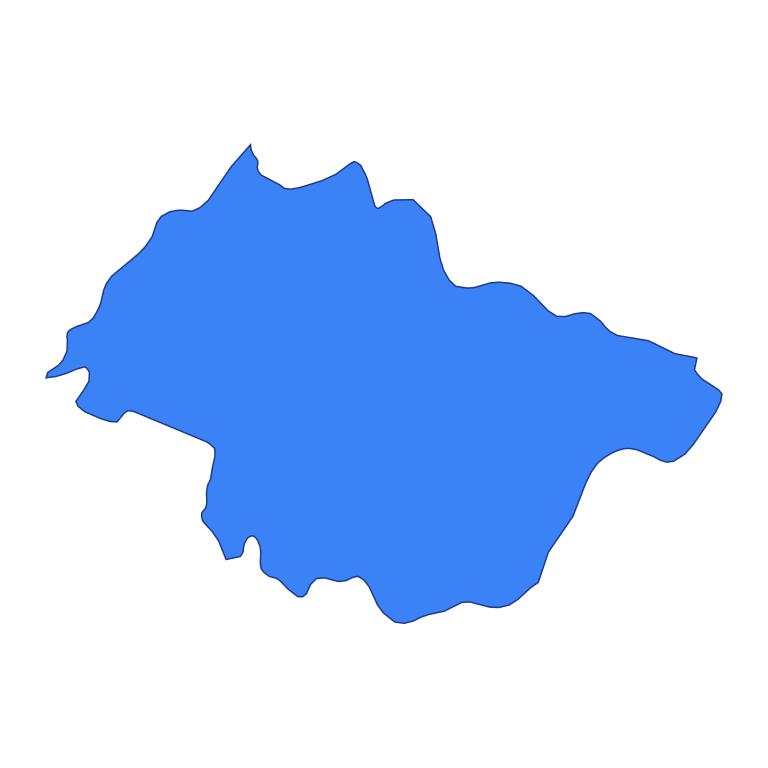 outline of Mascara
{"feature_id": "DZA-2201", "entity_name": "Mascara", "entity_type": "Province", "adm_level": 1, "iso_a3": "DZA", "parent_name": "Algeria", "parent_adm1": "", "projection": "equal_earth", "projection_center": [0.055, 35.403], "detail": "fine", "context": "isolated", "style": "filled", "palette": "blue", "viewbox_px": 768, "rotation_deg": 0, "n_neighbors": 0, "source": "natural_earth", "source_scale": "10m", "svg_char_len": 2530}
<svg xmlns="http://www.w3.org/2000/svg" viewBox="0 0 768 768"><path d="M413.1,199.7L430.7,216.7L435.8,234.0L439.8,257.7L443.4,269.8L449.0,279.9L455.7,286.3L467.3,288.1L474.1,287.6L490.9,282.8L499.2,282.2L510.2,283.2L520.9,286.1L533.4,295.5L548.2,310.9L556.7,316.3L565.2,316.6L574.9,313.7L583.5,312.6L590.7,313.6L600.8,321.4L604.9,326.6L610.0,331.5L617.4,335.5L648.6,340.8L674.8,353.6L696.9,358.0L694.5,369.7L697.1,373.8L702.1,379.1L718.5,389.8L721.9,393.9L720.8,401.2L715.9,411.7L693.4,444.3L684.9,454.1L673.8,461.1L667.0,462.2L660.5,460.3L653.7,456.6L636.6,449.6L629.1,448.4L624.4,448.6L617.8,450.4L610.9,453.5L604.1,457.7L597.5,463.2L591.1,472.2L585.6,483.5L572.9,516.4L548.4,552.1L538.2,582.5L531.1,587.3L517.6,599.6L509.4,604.9L498.9,607.5L489.5,607.1L469.8,601.9L461.8,602.4L444.2,611.2L429.1,614.4L421.5,616.9L413.5,620.9L404.2,623.3L394.7,622.0L383.3,612.8L377.5,604.9L369.5,587.3L363.8,579.8L357.8,576.3L352.4,577.5L346.2,580.6L338.2,581.5L324.9,577.9L316.5,578.5L310.6,584.4L306.3,593.9L302.6,596.8L297.7,596.6L288.2,589.2L280.1,580.8L276.5,578.3L269.3,576.4L263.9,572.4L261.3,568.9L260.5,565.1L260.3,561.5L260.8,553.7L260.5,550.1L260.1,546.7L257.9,540.9L256.3,538.4L254.2,536.3L251.5,535.8L247.7,537.7L244.6,543.1L243.5,547.4L243.2,551.3L241.9,554.3L240.2,556.5L226.1,559.5L218.6,540.8L212.2,531.5L202.9,521.4L201.6,516.7L201.8,512.9L203.5,510.5L205.3,508.6L206.3,505.9L206.9,502.1L206.5,493.6L207.1,488.2L208.1,484.1L209.6,481.4L210.7,478.7L212.3,468.1L215.0,456.2L214.8,448.6L210.4,444.5L206.8,441.9L133.0,411.2L127.8,410.7L124.4,413.0L117.0,421.9L110.7,421.6L100.9,418.7L84.7,411.7L78.1,406.3L75.9,401.4L83.7,390.2L89.0,381.2L89.4,372.1L86.9,368.2L84.5,366.9L76.1,369.2L66.6,373.3L55.8,376.5L46.1,377.8L47.7,372.5L58.7,365.1L63.0,360.1L67.0,351.1L67.4,340.7L67.0,336.9L67.3,333.5L68.5,331.2L71.3,329.1L77.0,326.4L88.6,322.4L93.5,317.7L97.1,311.4L99.7,305.7L101.0,302.1L103.6,290.4L106.4,283.6L111.7,276.1L138.7,253.6L145.7,246.2L152.2,236.6L156.8,222.6L161.4,216.3L169.8,211.8L176.8,210.4L181.5,210.2L192.2,211.2L200.2,207.5L208.3,200.3L231.1,166.8L250.5,144.7L251.0,148.9L251.7,151.2L252.9,153.8L254.3,156.0L255.6,157.5L256.8,159.1L257.8,161.2L257.8,164.1L257.1,167.4L258.2,171.3L261.4,175.2L279.6,184.8L281.9,186.4L283.8,188.1L286.3,188.7L290.6,189.2L299.8,187.6L321.9,180.7L335.9,174.3L349.8,164.0L354.0,161.6L356.6,162.4L360.6,165.2L364.9,173.4L367.3,179.1L374.7,205.6L376.6,208.0L378.3,208.4L382.7,205.8L385.2,203.6L390.6,201.2L394.4,200.0L413.1,199.7Z" fill="#3b82f6" stroke="#1e3a8a" stroke-width="1.5"/></svg>